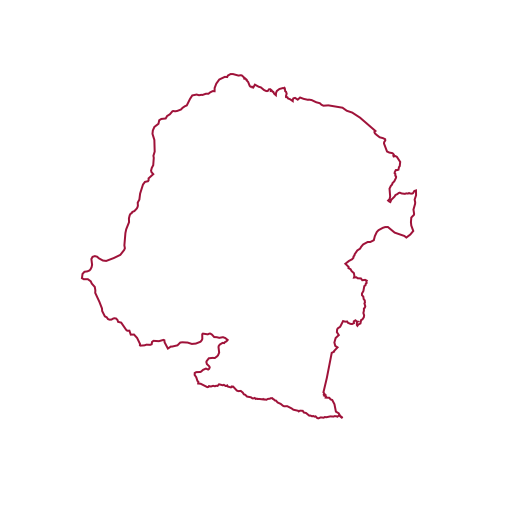 Siriu, Buzau, Romania, rotated 252°
{"feature_id": "2599482B22282799784741", "entity_name": "Siriu", "entity_type": "district", "adm_level": 2, "iso_a3": "ROU", "parent_name": "Romania", "parent_adm1": "Buzau", "projection": "equal_earth", "projection_center": [26.23, 45.534], "detail": "fine", "context": "isolated", "style": "outline", "palette": "rose", "viewbox_px": 512, "rotation_deg": 252, "n_neighbors": 0, "source": "geoboundaries", "source_scale": "gbopen_adm2", "svg_char_len": 6095}
<svg xmlns="http://www.w3.org/2000/svg" viewBox="0 0 512 512"><g transform="rotate(252 256 256)"><path d="M407.4,333.8L407.6,329.9L406.5,326.8L405.0,325.5L402.8,324.6L404.8,323.4L406.8,323.2L407.1,322.5L408.3,322.2L408.4,321.2L409.2,321.7L410.2,321.1L410.5,319.8L409.4,318.4L409.4,317.4L409.9,316.5L411.4,314.9L414.9,312.7L416.1,310.9L419.3,307.9L417.1,305.5L417.7,305.0L417.6,304.6L418.2,304.5L418.7,303.1L419.7,302.6L424.0,302.3L426.1,301.3L426.5,301.6L428.0,300.7L427.8,300.5L428.3,299.6L429.4,299.8L432.0,298.4L432.6,297.5L433.0,295.1L436.1,290.4L436.9,288.1L436.3,285.0L435.1,283.9L436.0,281.7L435.2,275.6L432.2,271.5L428.6,268.6L425.5,267.5L426.2,265.8L425.8,263.0L425.0,260.9L425.8,258.5L425.7,254.9L426.2,253.7L426.5,251.5L427.9,249.4L428.4,245.0L425.8,241.8L420.6,236.7L420.4,234.6L419.6,231.9L418.5,229.9L418.3,225.9L418.6,223.8L419.5,222.0L419.4,221.1L417.4,217.9L416.6,214.7L414.7,212.6L415.6,208.3L415.0,205.9L411.9,204.1L410.2,199.3L407.3,196.7L404.2,195.3L397.8,195.2L386.6,191.9L383.0,189.4L380.9,189.1L374.1,186.3L372.1,184.2L369.7,182.6L368.1,182.5L365.6,183.6L363.0,177.8L361.3,177.3L360.5,176.4L360.8,173.3L358.9,170.6L351.2,165.1L345.7,162.5L343.3,160.0L340.3,159.2L339.1,158.4L338.0,157.3L336.3,154.2L336.1,152.0L335.1,150.9L335.0,149.8L333.8,148.5L331.1,146.8L327.4,145.7L321.5,140.8L318.2,138.9L306.8,134.1L303.9,133.7L302.5,132.5L299.0,127.3L298.0,120.1L297.6,112.0L299.0,109.0L302.4,105.8L304.4,104.7L305.7,102.7L305.7,100.3L304.0,98.5L298.3,97.4L296.2,96.2L294.4,94.4L293.7,93.1L293.5,90.9L294.0,88.0L292.6,85.5L288.7,83.6L287.1,85.1L285.9,88.9L283.0,91.0L280.5,91.3L276.4,93.1L273.0,92.6L270.6,91.7L260.8,92.9L253.7,93.3L251.2,92.7L245.3,93.6L243.8,95.1L241.8,95.7L240.7,97.0L240.2,98.9L240.6,100.6L240.6,102.0L239.8,103.6L237.9,104.5L236.0,104.5L234.3,107.2L225.9,109.7L224.7,110.5L224.1,112.5L219.9,112.6L219.0,115.7L214.8,117.6L208.2,118.5L207.0,118.0L206.5,118.3L205.5,122.3L205.5,124.5L204.2,127.9L204.3,129.5L206.4,130.6L207.0,132.3L205.0,137.3L204.8,142.1L204.2,142.8L202.1,142.4L195.2,143.6L196.2,147.1L195.8,148.0L195.3,153.7L197.1,157.2L196.7,159.3L194.8,164.2L192.2,167.8L191.3,171.7L191.6,176.7L192.6,178.3L193.7,179.3L198.2,180.7L198.6,181.5L196.4,185.9L196.6,187.7L196.3,188.6L194.9,189.8L191.8,191.2L190.9,193.6L189.5,195.8L189.0,199.5L187.5,201.4L184.9,203.1L184.0,201.6L183.6,199.6L183.0,198.8L183.7,197.4L183.0,194.3L182.0,192.8L181.0,192.2L175.5,191.1L173.3,189.2L172.6,188.0L171.7,185.3L172.5,183.3L173.3,179.5L171.2,176.5L170.5,176.0L168.4,175.9L165.6,177.4L164.5,177.6L163.2,176.6L162.8,175.4L164.4,173.6L164.1,170.5L163.0,168.0L162.9,167.2L164.0,163.3L163.7,161.6L161.9,160.9L159.2,161.7L155.3,161.7L154.2,162.3L152.6,161.6L151.6,163.9L146.3,169.2L146.2,170.4L146.8,171.1L145.8,172.8L145.8,175.1L144.8,176.7L144.9,178.0L144.3,179.3L145.4,181.2L143.3,184.5L143.4,185.6L141.7,187.0L141.5,187.6L141.8,188.6L140.5,188.9L138.8,191.5L138.8,192.3L139.4,192.6L138.9,193.9L133.9,196.2L132.9,197.5L132.4,199.8L130.2,201.2L128.2,201.7L127.3,202.9L125.1,204.0L123.2,207.5L121.7,208.6L121.3,210.0L121.4,210.9L120.1,211.6L120.1,212.8L119.5,213.3L119.1,214.8L117.6,218.0L117.8,218.6L116.9,219.3L117.0,219.9L116.1,221.3L116.4,223.2L116.0,225.1L116.2,226.1L115.7,227.6L114.9,227.8L114.3,228.5L112.8,229.3L112.3,230.3L110.0,231.3L107.7,233.8L105.2,235.4L104.4,236.3L103.5,239.3L100.0,242.8L98.3,244.0L95.8,248.2L95.0,248.6L95.3,250.1L94.3,252.6L92.4,253.1L91.2,255.1L87.7,257.3L87.4,258.5L86.2,259.8L86.2,260.9L85.1,262.1L85.1,263.1L82.9,264.2L82.3,265.2L82.5,267.7L81.3,270.4L81.6,271.6L80.9,273.1L80.5,277.1L79.3,280.2L79.4,281.3L78.7,283.0L78.0,283.8L78.8,285.7L75.1,288.0L76.2,287.9L77.8,286.7L80.9,286.0L83.3,283.9L90.8,284.8L95.5,284.0L96.6,282.6L98.5,281.9L99.8,278.5L100.9,279.2L102.0,277.9L102.5,278.8L103.3,277.8L103.9,278.5L105.5,278.0L118.0,285.6L140.5,298.1L140.9,300.7L141.5,300.9L143.9,305.3L146.0,303.6L149.5,303.8L153.4,306.4L155.2,310.3L158.6,309.4L161.1,310.5L161.9,311.4L162.7,314.2L167.2,318.7L166.0,320.5L165.5,322.5L164.2,322.7L162.3,324.8L161.6,326.3L161.9,328.4L163.6,328.8L164.1,330.7L162.5,331.7L162.1,332.5L161.7,331.4L159.2,330.6L158.3,330.9L159.2,332.1L159.6,334.5L162.6,336.2L162.8,337.6L164.4,339.6L166.2,340.5L168.6,340.5L170.6,341.7L172.7,342.4L173.2,343.5L174.4,344.4L177.5,344.5L178.0,345.2L180.2,345.7L181.8,345.1L184.2,345.5L186.0,344.7L187.6,345.2L189.5,347.3L193.9,349.7L194.4,351.1L195.8,351.9L196.2,352.9L197.7,353.1L198.3,353.7L199.6,352.4L200.1,349.6L202.3,348.8L203.3,345.9L204.8,344.8L205.2,342.5L206.5,343.4L209.5,343.8L212.0,342.3L214.3,341.8L215.9,340.2L217.0,340.7L221.0,338.6L222.6,342.9L223.2,346.4L224.2,348.1L225.4,348.6L226.1,349.8L227.1,350.3L230.0,354.1L230.8,357.2L232.3,358.9L233.9,361.5L234.8,366.5L234.0,369.0L234.6,372.9L238.2,375.2L241.5,378.3L242.7,380.5L243.6,385.4L243.6,387.8L242.8,390.4L235.4,395.1L229.2,403.3L227.1,404.7L228.7,409.3L231.2,413.3L237.0,413.1L240.3,413.8L244.6,415.6L246.4,419.0L247.3,419.4L251.5,420.1L256.4,423.4L257.9,424.0L260.6,424.3L264.3,427.0L268.9,428.4L268.9,426.7L267.2,424.7L267.1,423.6L267.9,421.7L268.6,421.0L268.4,419.8L269.1,418.3L269.1,416.8L270.5,413.8L271.8,412.3L271.8,411.1L271.2,409.6L270.9,407.5L269.7,406.1L267.7,402.1L265.8,400.4L266.6,399.6L267.9,398.8L268.9,400.7L271.2,402.0L278.8,403.8L281.0,405.9L281.9,407.5L283.1,408.3L284.3,410.6L287.2,413.4L288.4,413.8L289.3,413.3L291.0,413.9L291.9,413.4L292.9,413.9L294.5,415.5L294.0,417.1L294.1,418.2L296.3,419.4L297.1,420.5L300.9,422.2L306.8,420.6L308.0,419.4L308.1,417.7L309.0,417.6L309.8,418.4L311.1,417.9L311.8,417.3L313.2,414.7L314.9,412.9L323.4,412.5L324.6,413.0L326.0,414.7L327.2,414.9L328.9,413.1L330.7,410.3L334.1,408.0L335.9,407.0L337.3,406.9L337.7,407.2L338.0,408.2L355.4,397.7L362.7,391.8L366.1,387.2L370.3,384.1L376.9,371.4L378.1,366.6L379.6,365.0L381.6,363.9L383.6,360.8L387.1,357.1L388.4,354.6L388.4,353.8L390.7,349.9L393.1,346.9L391.8,344.0L394.3,342.0L394.4,340.3L393.4,339.3L392.0,338.8L394.4,337.0L396.0,335.1L397.3,334.9L397.8,333.7L398.8,333.9L400.9,335.3L402.9,335.3L403.7,334.7L406.6,335.2L406.9,335.1L406.5,334.6L407.4,333.8Z" fill="none" stroke="#9f1239" stroke-width="2"/></g></svg>